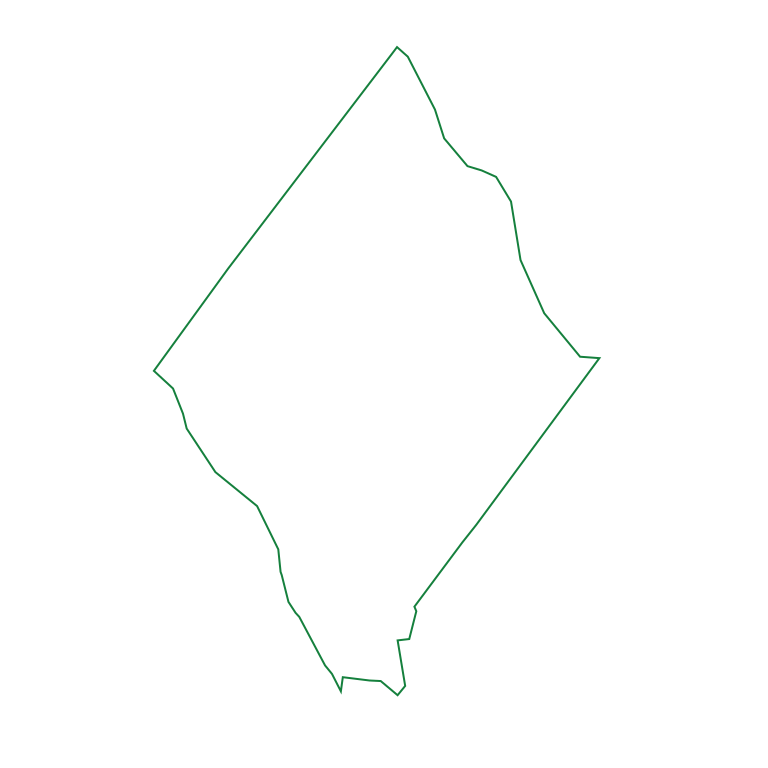 the district of Albany, New York, United States of America, rotated 136°
{"feature_id": "52423323B67077901806593", "entity_name": "Albany", "entity_type": "district", "adm_level": 2, "iso_a3": "USA", "parent_name": "United States of America", "parent_adm1": "New York", "projection": "albers", "projection_center": [-73.917, 42.614], "detail": "fine", "context": "isolated", "style": "outline", "palette": "green", "viewbox_px": 768, "rotation_deg": 136, "n_neighbors": 0, "source": "geoboundaries", "source_scale": "gbopen_adm2", "svg_char_len": 682}
<svg xmlns="http://www.w3.org/2000/svg" viewBox="0 0 768 768"><g transform="rotate(136 384 384)"><path d="M211.1,253.0L224.0,267.4L219.6,323.6L199.7,378.3L165.9,427.0L159.5,455.1L165.4,469.8L172.6,482.7L170.1,518.9L156.7,546.0L139.5,602.9L140.6,617.3L148.2,616.1L415.9,575.3L540.4,553.3L538.9,527.3L549.2,502.3L556.9,489.0L566.5,437.7L560.1,384.4L560.2,384.0L574.9,338.5L588.9,320.7L590.3,317.6L604.1,293.6L606.6,280.7L606.7,275.4L621.9,222.5L622.8,211.6L628.5,192.9L617.3,201.7L600.4,180.8L592.7,172.6L590.4,150.7L578.5,152.1L552.3,190.1L543.0,183.0L518.6,198.1L516.8,202.7L437.9,215.6L415.5,218.6L272.3,242.7L211.1,253.0Z" fill="none" stroke="#15803d" stroke-width="2"/></g></svg>